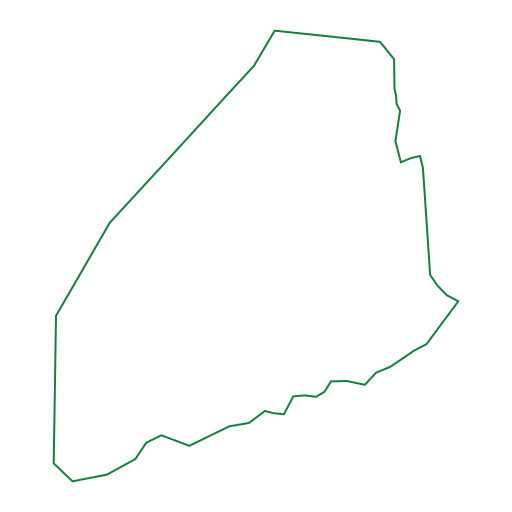 outline of Hoima
{"feature_id": "UGA-3105", "entity_name": "Hoima", "entity_type": "District", "adm_level": 1, "iso_a3": "UGA", "parent_name": "Uganda", "parent_adm1": "", "projection": "equal_earth", "projection_center": [31.113, 1.442], "detail": "fine", "context": "isolated", "style": "outline", "palette": "green", "viewbox_px": 512, "rotation_deg": 0, "n_neighbors": 0, "source": "natural_earth", "source_scale": "10m", "svg_char_len": 690}
<svg xmlns="http://www.w3.org/2000/svg" viewBox="0 0 512 512"><path d="M56.0,315.8L74.3,284.2L109.7,222.8L166.4,161.2L223.9,98.4L253.9,65.9L274.7,30.7L380.0,41.8L394.1,59.2L394.5,88.6L396.1,95.9L396.6,104.0L400.1,110.7L395.4,141.2L400.9,162.3L410.7,158.2L420.0,156.0L422.9,167.7L428.2,245.8L430.1,274.9L437.4,285.5L446.9,295.3L458.3,301.3L426.5,344.1L414.3,350.5L390.3,366.8L376.2,372.6L364.8,384.8L346.8,381.0L331.0,381.4L324.5,391.8L316.1,396.8L304.5,395.4L293.3,396.4L283.9,414.3L273.0,413.1L265.0,411.0L248.8,423.0L229.3,426.3L189.3,445.8L161.3,435.3L146.4,442.6L135.4,459.0L107.0,474.6L72.5,481.3L53.7,463.4L54.5,414.2L56.0,315.8Z" fill="none" stroke="#15803d" stroke-width="2"/></svg>